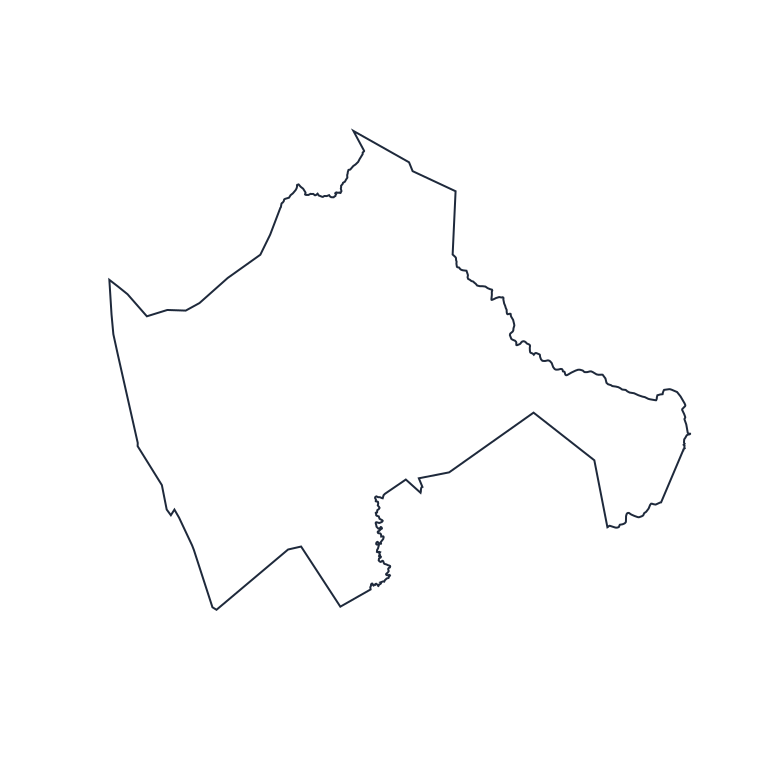 Gualaco, Olancho, Honduras, rotated 62°
{"feature_id": "27666195B37652459733493", "entity_name": "Gualaco", "entity_type": "district", "adm_level": 2, "iso_a3": "HND", "parent_name": "Honduras", "parent_adm1": "Olancho", "projection": "mercator", "projection_center": [-86.008, 15.224], "detail": "fine", "context": "isolated", "style": "outline", "palette": "slate", "viewbox_px": 768, "rotation_deg": 62, "n_neighbors": 0, "source": "geoboundaries", "source_scale": "gbopen_adm2", "svg_char_len": 6165}
<svg xmlns="http://www.w3.org/2000/svg" viewBox="0 0 768 768"><g transform="rotate(62 384 384)"><path d="M247.4,230.3L209.5,258.8L200.0,257.8L146.2,292.2L168.8,292.1L169.1,292.3L169.7,294.2L171.0,294.9L174.0,300.0L175.8,302.6L176.8,306.1L177.1,308.8L178.8,313.1L178.3,314.8L179.9,316.5L181.0,317.2L182.2,318.4L184.6,319.5L185.8,321.7L187.0,323.5L187.1,325.7L188.0,326.7L188.8,328.8L190.2,329.5L191.2,330.4L193.7,331.0L194.9,332.7L194.8,333.1L193.9,333.6L193.6,335.0L192.6,335.8L192.4,336.9L192.7,337.5L194.0,337.3L194.4,338.0L195.2,338.7L195.2,339.9L195.5,340.8L194.3,342.9L193.1,343.6L191.5,343.8L191.2,346.3L190.0,348.4L190.1,349.9L189.8,350.6L186.9,353.1L184.8,353.3L185.2,355.1L185.1,356.1L184.8,356.5L183.0,357.2L182.8,357.5L182.4,358.5L181.6,359.6L181.6,362.0L180.5,364.0L180.0,364.5L179.6,364.7L179.2,364.4L178.5,363.6L178.0,363.4L173.6,363.7L170.7,365.0L167.7,365.7L167.4,367.1L167.6,367.5L168.5,367.8L170.2,369.3L171.3,371.0L172.9,375.0L173.4,377.8L174.9,380.4L174.1,384.4L174.2,385.5L175.6,386.8L176.3,388.4L176.3,389.1L176.6,389.8L179.5,392.1L179.8,392.8L198.7,414.4L211.8,432.5L217.0,472.2L225.9,508.9L226.1,524.6L216.9,540.6L212.9,561.6L184.3,568.3L173.3,573.0L163.1,577.6L194.6,591.9L213.0,599.6L233.0,605.2L320.4,629.1L323.2,630.7L369.0,627.6L392.8,634.8L399.8,633.8L396.5,628.0L405.9,627.7L436.4,629.2L441.4,629.8L500.6,640.3L504.7,637.9L485.1,546.4L488.6,533.5L560.1,527.1L559.1,492.3L557.0,491.5L556.1,490.3L554.9,489.5L554.5,488.7L554.8,488.0L556.6,488.1L557.1,487.8L556.7,486.7L557.2,486.1L556.6,485.2L556.7,484.7L557.7,484.3L558.2,483.8L559.4,484.0L559.7,483.8L559.5,483.4L558.7,483.0L558.9,482.3L558.8,480.8L558.5,480.2L558.3,480.0L557.5,480.3L557.9,477.4L558.6,476.6L557.7,475.4L557.0,472.9L557.4,471.1L556.3,469.8L556.0,468.7L555.2,468.7L554.5,470.8L553.7,471.5L553.0,471.5L552.7,471.2L552.3,469.4L551.6,467.9L551.2,467.6L550.0,467.4L549.2,467.1L548.7,466.2L548.7,464.9L548.0,464.2L547.5,464.1L547.0,464.4L545.8,465.6L544.5,466.5L543.0,468.1L541.8,468.2L540.2,467.9L539.6,468.1L539.3,468.5L539.6,469.9L539.5,470.5L538.6,471.2L537.3,471.5L535.7,470.3L535.6,468.5L535.2,467.9L534.6,468.0L534.2,469.0L533.6,469.2L533.0,468.6L532.9,467.8L531.4,467.7L530.7,466.4L529.9,467.1L529.3,468.9L528.9,469.1L527.2,467.9L526.4,466.5L524.0,464.3L523.1,464.4L522.5,465.6L522.1,465.9L521.6,466.0L520.9,465.6L520.3,464.7L520.4,463.8L523.1,462.8L523.6,461.7L523.3,461.4L522.6,461.4L522.1,461.1L520.5,457.5L519.2,456.3L518.5,456.1L518.1,456.3L517.4,458.1L515.6,457.3L514.7,457.3L514.2,457.5L513.1,459.0L512.7,459.2L511.8,459.1L511.4,458.7L511.4,457.0L510.7,455.1L510.7,453.9L510.5,453.6L509.9,453.5L509.2,453.6L508.8,454.0L509.5,455.8L509.4,456.5L509.0,456.9L506.5,457.6L504.6,457.0L503.3,456.8L502.6,456.4L502.4,455.9L502.7,455.3L504.2,453.8L504.6,453.1L504.8,450.7L504.5,449.8L504.2,449.4L503.5,449.5L500.9,451.2L498.5,450.8L496.9,452.3L496.2,452.5L495.4,452.1L493.9,451.8L493.8,451.5L494.1,450.4L492.3,449.2L492.0,447.3L491.3,446.1L490.1,446.1L488.3,446.5L486.6,445.1L485.2,444.7L484.8,444.9L484.0,446.1L483.6,446.3L482.3,445.4L480.4,445.4L479.7,444.7L479.6,444.1L479.7,443.4L481.1,442.4L482.1,440.7L483.8,439.4L484.3,438.8L482.0,436.6L481.4,434.8L478.6,409.6L497.2,402.8L496.3,402.0L494.3,400.8L493.1,399.7L492.8,399.2L492.9,398.4L483.6,397.5L492.6,368.0L479.5,265.4L550.1,234.1L615.4,254.0L615.4,253.6L615.0,251.9L615.1,251.3L619.4,247.1L620.2,245.8L620.5,244.4L620.4,243.5L619.4,242.5L619.0,241.8L619.8,239.4L620.0,238.1L620.0,236.7L619.5,235.4L618.9,234.9L614.3,232.3L612.8,230.9L612.3,229.8L612.4,229.0L612.8,228.3L615.3,227.0L618.1,224.8L620.5,222.6L621.1,221.9L621.4,221.2L621.8,218.5L621.7,216.8L620.2,214.9L619.9,212.5L618.2,208.8L615.7,205.8L615.1,204.4L615.4,203.7L616.9,202.2L618.0,200.7L618.3,195.8L618.6,194.9L583.4,151.5L583.3,151.0L582.3,150.4L581.9,148.6L580.9,148.6L579.6,147.6L578.4,148.0L577.9,146.6L577.1,146.7L576.3,146.5L573.8,144.9L573.0,143.3L571.4,140.8L571.4,139.3L571.9,137.8L571.8,137.2L571.6,137.1L570.7,138.5L569.6,138.7L561.6,136.1L556.3,135.3L555.8,135.0L555.1,133.8L554.4,133.5L551.5,133.1L546.8,132.9L546.1,132.3L544.9,128.5L544.2,127.9L542.4,127.7L534.2,128.0L528.7,129.0L524.1,132.7L522.9,133.9L522.4,134.8L520.7,139.4L520.8,139.8L522.6,141.9L523.5,142.5L523.8,142.8L522.9,145.1L522.3,147.9L524.1,149.5L525.1,150.1L526.1,151.3L525.8,151.9L522.3,156.4L521.2,157.6L518.0,159.9L516.5,161.7L513.3,164.7L509.6,167.5L506.8,171.2L504.7,172.6L502.7,173.4L500.7,176.3L498.7,177.3L496.8,178.6L495.2,180.4L493.0,183.4L491.5,184.2L489.4,186.3L487.4,187.0L483.1,185.9L478.5,186.6L478.1,187.1L476.6,190.2L475.3,191.8L471.3,194.2L470.1,195.2L469.6,196.1L468.9,199.0L467.9,201.0L467.4,201.5L465.6,202.1L464.8,202.8L463.3,204.4L462.5,206.0L462.1,208.6L461.9,213.2L462.1,217.7L462.0,218.6L461.6,219.2L460.8,219.5L458.2,218.9L457.7,219.1L456.8,220.1L455.3,219.7L454.4,219.9L453.7,220.8L453.0,223.5L452.4,224.8L451.8,225.7L450.9,226.3L448.5,226.7L444.3,226.1L442.1,226.6L441.2,227.0L440.1,228.1L439.3,231.0L438.3,232.7L437.8,233.3L435.9,233.8L433.2,233.4L431.5,232.7L430.9,232.8L428.4,234.8L427.9,235.4L427.8,236.3L428.5,238.0L427.0,238.4L425.2,239.9L424.5,240.0L423.2,239.6L420.5,238.3L419.0,237.2L418.3,237.0L417.4,237.2L415.2,238.9L413.8,239.2L412.6,239.8L411.8,240.6L411.4,241.9L411.7,243.3L412.3,244.4L412.5,245.3L412.3,247.8L412.1,248.5L411.8,248.8L411.1,248.6L409.5,247.7L408.7,247.6L407.3,248.0L405.1,249.8L403.9,250.4L399.9,249.9L398.8,248.9L398.1,245.7L397.4,244.7L395.6,243.5L393.6,241.5L392.3,241.0L388.0,239.9L384.3,240.1L383.1,239.9L381.7,239.3L381.1,239.7L380.5,242.0L379.7,242.4L378.1,241.9L376.1,240.9L374.1,240.8L371.7,240.3L369.3,240.1L365.3,238.9L364.3,238.2L363.7,238.1L363.1,238.5L362.8,239.6L361.3,241.5L360.7,244.7L360.6,247.6L360.4,249.2L360.2,249.5L359.6,249.4L355.9,246.9L353.3,245.6L352.2,244.5L351.4,244.4L350.2,245.7L348.0,247.5L345.6,248.7L344.1,250.8L342.6,253.5L340.8,255.5L338.4,256.0L337.2,256.6L335.5,257.1L334.1,258.5L332.5,259.2L330.6,260.4L329.0,260.1L327.5,258.9L326.9,258.7L322.7,258.0L320.7,260.9L319.4,262.2L318.1,262.8L316.5,263.0L315.4,264.3L314.7,264.6L311.8,263.6L310.1,262.5L308.5,262.2L306.5,261.3L305.3,261.4L301.9,262.6L247.4,230.3Z" fill="none" stroke="#1e293b" stroke-width="2"/></g></svg>